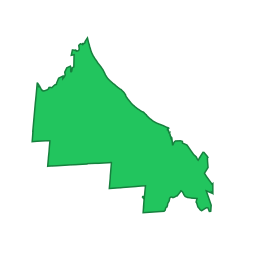 Jūrkalnes pag., Ventspils, Latvia (Equal Earth projection), rotated 102°
{"feature_id": "27541924B11800996662451", "entity_name": "Jūrkalnes pag.", "entity_type": "district", "adm_level": 2, "iso_a3": "LVA", "parent_name": "Latvia", "parent_adm1": "Ventspils", "projection": "equal_earth", "projection_center": [21.409, 57.03], "detail": "fine", "context": "isolated", "style": "filled", "palette": "green", "viewbox_px": 256, "rotation_deg": 102, "n_neighbors": 0, "source": "geoboundaries", "source_scale": "gbopen_adm2", "svg_char_len": 5249}
<svg xmlns="http://www.w3.org/2000/svg" viewBox="0 0 256 256"><g transform="rotate(102 128 128)"><path d="M186.2,30.6L173.2,38.4L174.2,32.8L173.4,33.0L174.4,31.4L164.7,33.5L165.5,34.1L160.7,39.4L159.3,41.0L156.5,43.7L156.3,43.8L150.0,41.5L144.3,43.2L140.8,44.1L140.2,43.7L139.3,44.5L136.1,48.6L136.2,49.6L142.1,51.8L142.1,51.7L144.9,52.7L144.1,53.7L142.1,55.2L140.3,58.3L137.1,61.8L132.4,66.8L131.4,71.6L129.8,72.0L129.6,74.0L130.8,78.8L131.8,79.7L133.2,80.2L134.4,80.4L134.3,80.5L134.9,81.0L129.5,82.8L129.6,83.0L129.4,83.1L129.6,83.2L129.3,83.3L129.2,83.3L128.8,83.3L128.9,83.5L128.6,83.4L128.5,83.5L128.4,83.6L128.1,83.8L128.1,84.0L127.9,84.1L128.0,84.2L127.9,84.4L127.7,84.5L127.4,84.6L127.3,84.8L127.1,84.8L126.9,84.9L126.8,85.0L126.6,85.1L126.4,85.3L126.1,85.2L125.8,85.2L125.7,85.2L125.8,85.2L125.9,85.3L125.6,85.5L125.3,85.7L125.2,85.9L125.0,86.0L124.8,86.1L124.4,86.2L124.1,86.2L123.9,86.2L124.0,86.3L123.8,86.6L123.9,86.8L123.7,86.8L123.7,87.0L123.4,87.0L122.9,87.0L123.1,87.1L122.9,87.4L122.9,87.6L122.6,87.6L122.4,87.8L122.1,87.9L122.0,88.0L121.8,88.6L121.7,88.6L121.3,88.7L121.1,88.9L121.2,89.1L120.4,89.1L120.6,88.5L120.4,88.5L119.7,88.1L119.4,88.7L119.3,89.6L119.3,89.8L119.3,90.0L119.3,90.3L118.9,91.9L118.7,92.6L118.3,94.2L118.2,94.8L118.2,95.3L118.0,96.0L118.0,96.4L117.9,96.9L117.8,97.2L117.8,97.6L117.7,98.0L117.7,98.7L117.4,99.8L117.3,100.8L116.2,104.5L115.7,105.7L114.8,107.3L114.6,108.0L113.3,110.3L112.6,111.2L112.5,111.5L112.4,111.6L112.4,111.8L112.2,112.0L111.7,112.5L111.3,112.8L111.2,113.1L111.1,113.4L110.5,114.3L110.2,114.8L110.0,115.2L109.8,115.4L109.6,115.5L109.5,115.8L109.3,116.1L109.1,116.8L109.1,117.3L109.1,117.6L108.3,119.9L108.0,120.6L107.7,121.1L107.4,122.1L107.4,122.3L107.1,122.8L107.0,123.1L106.3,124.4L106.0,125.1L105.7,125.7L105.4,126.3L105.1,126.5L105.0,126.8L104.4,128.0L104.1,128.6L103.6,129.2L102.8,130.4L101.8,131.5L101.5,132.0L100.5,133.1L100.4,133.4L100.3,133.5L99.4,134.5L99.0,134.9L98.6,135.3L98.2,135.8L98.0,136.1L97.4,136.6L96.6,137.1L96.2,137.2L96.1,137.4L95.9,137.5L95.3,138.1L94.8,138.6L94.2,139.2L93.4,140.3L93.1,140.9L92.5,141.8L91.8,142.8L91.7,143.6L91.1,144.9L90.7,145.6L90.5,146.4L90.0,147.0L89.8,147.6L88.9,149.2L88.4,149.9L88.2,150.3L87.6,151.9L87.4,152.3L87.1,152.6L86.9,153.0L86.5,153.8L86.0,154.5L85.6,155.4L85.1,156.0L84.8,156.6L83.6,158.3L82.7,159.3L81.8,160.1L81.0,161.0L80.5,161.4L79.5,162.0L77.8,163.4L76.4,164.5L75.9,165.0L75.4,165.6L74.6,166.4L73.7,167.3L73.1,168.1L72.6,168.6L72.1,169.3L71.6,169.8L71.4,170.2L70.5,171.2L68.9,172.7L67.4,174.4L66.9,175.0L65.8,175.9L64.8,177.0L63.3,178.1L62.7,178.6L62.3,179.0L62.0,179.1L61.7,179.4L60.9,179.8L59.9,180.5L58.9,181.0L58.5,181.2L57.7,181.6L56.9,182.2L54.5,183.3L53.0,184.2L50.6,185.3L50.2,185.5L48.3,186.4L49.3,186.8L51.9,187.8L52.7,188.0L53.0,187.8L54.2,188.1L54.6,189.2L54.8,189.8L55.7,189.4L55.9,189.6L55.6,190.2L55.6,190.7L55.7,191.2L55.5,192.0L56.5,192.8L56.8,193.0L57.6,193.3L60.9,192.1L61.7,192.2L62.7,192.7L63.4,193.9L63.0,194.4L63.4,194.7L62.7,195.8L63.1,196.1L63.1,197.3L63.2,198.6L68.7,198.6L67.5,196.0L76.3,194.3L79.6,193.7L80.0,194.4L80.8,194.9L84.2,194.9L84.7,195.1L84.8,195.7L82.4,196.3L81.2,196.1L79.5,197.2L81.9,200.4L86.5,201.5L89.1,200.5L91.1,200.9L93.2,202.0L90.7,202.4L93.7,206.2L99.1,207.2L100.3,207.1L100.7,208.1L100.8,208.3L102.2,209.4L104.4,210.9L104.4,212.6L104.8,213.7L105.1,213.8L105.4,213.8L106.1,213.8L106.9,214.5L107.7,215.3L108.9,217.3L109.2,217.9L109.4,218.5L109.1,218.9L109.1,219.0L109.4,219.4L109.4,219.5L109.2,219.8L108.8,219.9L108.8,220.0L108.8,220.4L108.5,220.7L108.1,220.9L108.0,221.2L107.8,221.4L107.2,221.7L106.5,222.4L106.3,222.7L106.1,222.8L105.6,222.9L105.5,223.1L105.6,223.3L105.9,223.4L105.9,223.5L106.2,223.8L106.0,224.0L105.4,223.8L105.2,223.8L104.9,224.0L104.6,224.0L102.6,226.1L102.4,226.2L114.8,224.7L121.2,224.0L121.5,224.0L151.3,220.4L151.6,220.3L151.5,220.2L161.3,218.9L159.9,214.3L157.8,206.6L156.7,201.8L156.8,201.7L163.4,200.9L167.7,200.3L173.4,199.7L175.3,199.4L175.7,199.4L182.1,198.6L182.0,198.4L181.3,195.9L180.7,193.4L179.6,189.3L177.1,180.4L175.9,176.2L175.7,175.3L174.8,171.8L174.8,171.7L174.0,168.9L171.7,160.5L171.3,160.3L170.5,157.2L169.3,152.5L168.7,149.7L165.5,138.0L165.4,138.0L165.2,137.2L165.3,137.0L175.6,135.7L178.1,135.4L181.1,134.9L191.1,133.7L188.5,124.9L188.1,123.2L187.2,120.5L183.5,107.8L183.4,107.6L182.1,103.4L181.3,100.5L181.3,100.1L180.9,98.9L191.4,97.7L191.7,97.9L191.8,98.3L192.0,98.5L191.8,98.8L191.8,99.1L192.1,99.4L192.6,99.4L192.7,99.0L192.8,98.6L193.3,98.6L193.7,98.2L192.2,97.6L195.1,97.2L195.3,97.3L201.4,96.5L201.3,96.4L203.1,96.1L203.3,96.2L207.7,95.6L205.3,87.2L203.0,79.1L202.0,75.5L201.9,75.4L200.8,74.6L198.6,74.5L197.6,74.2L197.2,73.5L195.3,73.3L193.8,73.5L190.9,72.6L190.3,72.6L189.1,72.6L188.6,72.7L188.4,72.7L187.5,72.4L186.9,72.0L186.4,70.8L186.8,69.6L186.0,68.3L184.3,66.3L184.2,65.8L179.1,63.3L178.4,63.3L178.3,63.1L178.4,62.8L178.7,62.3L179.1,61.6L179.3,61.3L179.7,61.0L180.7,60.1L181.4,59.7L182.8,58.2L183.1,57.8L183.2,57.3L183.3,56.8L183.4,56.1L183.5,55.7L183.6,55.4L183.5,54.5L183.3,52.1L183.4,51.6L182.6,45.8L186.3,46.0L187.1,45.2L190.7,43.2L192.0,41.5L193.0,40.4L193.6,38.8L190.4,35.5L189.5,34.3L189.6,33.1L192.7,31.1L192.3,29.8L191.9,29.8L186.2,30.6Z" fill="#22c55e" stroke="#15803d" stroke-width="1.5"/></g></svg>